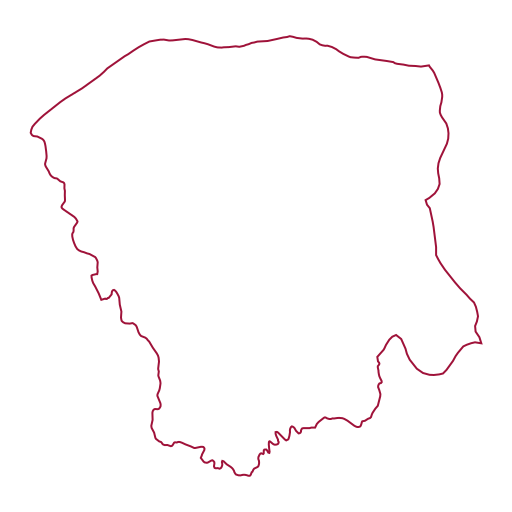 Adi Tekeliezan, Anseba, Eritrea
{"feature_id": "51966322B26692993849308", "entity_name": "Adi Tekeliezan", "entity_type": "district", "adm_level": 2, "iso_a3": "ERI", "parent_name": "Eritrea", "parent_adm1": "Anseba", "projection": "natural_earth1", "projection_center": [38.763, 15.608], "detail": "fine", "context": "isolated", "style": "outline", "palette": "rose", "viewbox_px": 512, "rotation_deg": 0, "n_neighbors": 0, "source": "geoboundaries", "source_scale": "gbopen_adm2", "svg_char_len": 5961}
<svg xmlns="http://www.w3.org/2000/svg" viewBox="0 0 512 512"><path d="M429.0,65.4L421.0,66.6L415.5,66.0L408.8,65.7L403.5,64.6L397.1,63.8L394.9,63.2L393.3,62.1L386.8,61.0L375.1,59.4L366.8,56.9L363.9,56.7L361.1,56.8L358.5,57.8L354.4,57.6L350.5,57.2L348.9,56.6L343.3,53.9L339.0,51.3L336.2,49.2L331.9,47.0L327.5,45.7L325.2,45.8L322.4,45.3L319.8,44.4L316.6,41.8L312.6,39.7L309.0,38.8L306.1,38.5L302.5,38.6L296.6,37.9L292.9,36.8L289.7,36.2L287.1,37.0L283.2,37.5L276.8,39.0L267.6,41.0L257.3,41.6L254.2,42.5L251.6,42.9L248.6,44.2L246.0,44.9L244.0,45.8L239.3,46.8L235.7,46.3L228.9,47.1L223.7,47.3L221.6,47.6L217.4,47.4L214.2,46.6L207.8,44.2L204.3,43.2L201.2,42.5L192.4,40.0L188.4,39.2L185.3,39.0L172.4,40.4L169.1,40.5L163.9,39.6L160.2,39.7L156.4,40.3L149.4,41.5L143.9,44.3L138.7,47.2L133.4,50.6L128.2,54.2L124.7,56.2L117.0,61.6L107.3,68.4L103.9,71.9L99.5,75.8L82.0,88.4L65.5,98.4L60.4,102.0L44.2,114.8L39.8,118.7L34.8,123.9L32.5,126.7L31.3,129.7L30.7,132.8L31.8,134.8L32.6,135.5L33.7,136.1L37.3,136.5L42.0,138.8L43.1,139.7L43.9,140.7L44.5,141.9L45.0,143.7L45.5,146.2L46.2,151.6L46.6,156.1L46.5,158.3L45.1,163.6L45.1,164.6L45.7,166.4L48.7,171.3L49.6,173.5L50.4,174.9L51.6,176.3L53.3,177.5L54.5,178.1L56.6,178.4L57.3,178.7L60.3,181.3L63.4,182.4L64.1,183.1L64.5,184.3L64.4,188.3L64.9,190.9L64.8,195.2L65.0,200.1L64.8,201.5L62.3,204.9L61.8,205.9L61.5,206.9L61.7,207.7L62.4,208.6L64.4,210.1L74.3,216.9L75.9,218.6L77.5,221.4L77.2,222.5L74.1,226.9L73.6,228.2L73.6,230.6L73.4,231.9L72.4,233.5L72.2,234.5L72.3,236.6L73.0,239.8L74.1,243.0L75.5,246.3L77.2,249.0L79.0,250.4L81.3,251.5L84.0,252.2L87.1,253.4L89.5,254.0L95.2,257.1L95.9,258.0L97.2,260.5L97.7,262.2L97.3,267.5L97.7,271.5L97.2,274.1L96.3,274.1L92.4,275.0L91.5,275.6L91.6,277.6L92.3,280.7L93.2,283.1L95.3,286.7L98.7,293.4L101.3,299.8L105.2,298.6L105.9,299.0L106.9,298.9L107.6,298.1L108.7,297.9L111.6,294.4L111.7,293.2L112.0,291.4L112.8,290.3L114.0,289.9L115.1,290.6L116.3,292.0L117.4,293.8L118.7,296.3L119.2,297.9L119.8,304.7L121.4,311.6L121.0,317.6L121.4,319.9L121.7,320.9L122.3,321.5L123.2,322.3L125.2,323.3L129.8,323.6L132.4,323.1L133.2,323.4L135.6,325.1L136.3,326.1L136.8,327.1L138.5,332.2L139.8,334.6L141.1,336.0L145.2,337.6L146.7,338.7L147.8,340.2L149.2,341.6L152.8,347.7L156.8,353.4L158.0,355.6L158.6,357.7L159.0,361.6L158.2,368.3L158.2,369.2L158.8,371.5L158.3,375.3L158.5,376.4L160.1,380.5L160.4,382.2L160.5,383.5L159.8,388.3L159.2,390.5L157.7,393.8L157.4,394.9L157.4,395.9L160.3,403.0L160.6,404.2L160.6,405.4L160.5,406.4L159.9,407.6L158.8,408.9L157.7,409.2L155.0,409.0L153.9,409.5L153.2,410.3L152.7,411.3L152.4,412.8L152.6,419.9L151.3,425.8L151.5,427.3L151.7,428.1L154.1,432.6L155.4,437.9L156.0,438.9L159.2,441.4L161.0,442.0L161.6,442.6L162.6,444.1L163.3,444.6L164.8,445.1L167.4,445.0L170.8,446.2L171.9,445.9L172.8,444.9L174.1,442.7L175.0,442.3L176.8,442.5L178.0,442.0L179.0,441.9L180.2,442.1L182.1,442.8L185.5,444.4L190.8,446.4L194.2,448.0L195.2,448.0L200.9,446.8L202.3,446.8L203.4,447.0L204.2,447.9L204.5,448.7L204.3,450.1L202.0,454.5L201.8,455.4L200.8,457.9L203.6,461.6L204.6,462.4L206.9,462.8L207.9,462.5L211.4,460.5L212.5,460.3L213.6,461.2L214.3,462.1L214.4,463.7L214.1,465.3L214.0,466.4L214.6,467.9L215.9,468.3L217.7,468.1L219.6,468.7L220.4,468.3L221.1,467.8L221.7,466.8L222.2,465.3L222.3,464.1L221.9,462.0L222.3,460.9L223.6,461.3L226.7,464.3L230.7,466.9L232.1,468.1L232.8,468.9L233.9,470.6L234.5,472.4L235.3,473.7L236.0,474.5L238.5,475.3L240.4,475.4L243.0,474.8L244.9,474.8L246.8,475.2L248.2,475.7L249.4,475.8L250.2,475.5L250.8,474.6L251.7,472.2L252.4,471.8L253.4,469.6L254.2,468.6L257.3,467.1L258.1,466.5L258.5,465.8L259.0,464.0L259.1,462.8L259.0,461.0L258.3,458.9L258.4,457.1L259.6,454.5L260.4,453.6L261.2,453.3L263.2,454.0L263.7,453.4L263.8,450.3L264.4,449.6L266.2,449.5L267.0,450.3L268.3,452.6L269.3,452.9L269.6,451.8L269.2,448.9L268.8,444.5L268.9,442.4L269.1,441.6L269.5,441.3L270.1,441.5L272.8,443.8L273.8,444.4L274.7,444.7L275.8,444.7L277.0,444.4L278.0,443.9L278.5,443.0L278.7,442.1L278.0,440.7L278.0,439.6L276.3,436.0L275.6,433.8L275.6,432.1L276.7,431.9L277.4,432.1L278.3,432.8L284.9,439.5L286.2,440.4L288.2,439.4L288.6,438.7L289.4,435.9L290.0,432.2L289.9,430.2L290.2,428.7L290.9,427.2L291.8,426.4L292.6,426.6L293.7,427.3L294.5,428.1L296.0,430.8L298.6,433.4L299.7,433.2L300.5,432.6L301.0,431.6L301.0,430.5L301.5,429.3L302.2,428.4L303.7,428.1L309.6,428.1L311.4,427.6L315.1,427.6L316.8,424.0L318.6,422.0L323.9,417.8L324.8,417.4L325.6,417.5L327.2,418.4L329.3,419.0L330.8,419.0L332.6,418.4L334.0,418.5L337.3,418.0L339.1,417.9L342.4,418.2L344.3,418.9L347.5,420.7L354.4,425.8L356.0,426.6L357.2,427.0L358.5,427.0L359.3,426.8L360.1,426.5L360.7,425.8L361.3,424.2L361.9,422.0L362.3,421.3L364.9,420.8L368.0,418.8L370.1,418.0L371.0,417.1L371.9,414.3L372.6,412.8L375.3,408.7L377.8,405.8L380.2,396.4L380.4,394.1L379.3,390.2L378.1,387.1L378.2,385.8L378.7,384.4L379.5,383.4L380.9,383.1L381.7,382.2L381.6,381.0L380.0,377.8L379.3,376.1L378.9,374.4L378.5,371.9L378.5,370.8L377.8,367.4L377.8,366.2L379.0,364.7L379.4,363.8L379.1,362.7L378.0,361.4L377.3,356.9L383.6,349.8L384.4,348.4L386.0,344.9L389.3,339.7L392.3,336.7L396.1,335.0L401.2,339.0L405.5,348.7L406.9,353.8L409.7,359.7L416.8,368.7L423.0,373.0L429.5,374.8L433.8,375.0L439.2,374.4L443.0,373.5L446.5,369.9L453.0,360.9L455.6,356.1L458.0,352.7L463.3,346.4L466.9,344.7L471.2,343.2L475.0,342.3L481.3,343.3L479.4,337.2L475.6,331.6L475.1,326.0L476.9,321.5L478.0,316.3L477.2,311.9L475.9,306.8L474.0,302.5L469.9,298.6L466.6,294.8L460.1,288.3L455.0,282.4L444.9,269.7L440.5,263.2L438.1,259.0L436.1,255.1L436.1,247.1L433.6,227.1L432.7,221.7L429.8,208.2L427.0,204.7L425.6,200.1L429.2,198.0L434.8,193.4L437.9,188.9L439.6,184.0L439.2,178.4L438.2,173.3L437.8,168.5L438.5,163.2L440.2,158.0L446.9,143.7L448.2,138.7L448.5,133.3L447.9,128.4L446.3,123.5L442.0,117.3L440.7,114.9L439.9,112.7L439.8,110.8L440.3,106.1L441.4,102.3L442.2,96.9L442.2,94.7L441.8,92.3L440.3,87.7L438.4,82.7L434.2,72.9L432.8,70.6L429.6,66.6L429.0,65.4Z" fill="none" stroke="#9f1239" stroke-width="2"/></svg>